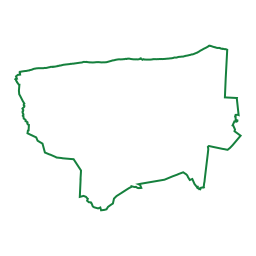 the district of Liepupes pag., Salacgrivas, Latvia, rotated 90°
{"feature_id": "27541924B57299636563148", "entity_name": "Liepupes pag.", "entity_type": "district", "adm_level": 2, "iso_a3": "LVA", "parent_name": "Latvia", "parent_adm1": "Salacgrivas", "projection": "albers", "projection_center": [24.439, 57.482], "detail": "fine", "context": "isolated", "style": "outline", "palette": "green", "viewbox_px": 256, "rotation_deg": 90, "n_neighbors": 0, "source": "geoboundaries", "source_scale": "gbopen_adm2", "svg_char_len": 5447}
<svg xmlns="http://www.w3.org/2000/svg" viewBox="0 0 256 256"><g transform="rotate(90 128 128)"><path d="M49.8,28.8L49.7,29.2L49.5,29.4L49.3,29.9L49.2,30.6L49.1,30.8L49.2,31.3L49.0,32.1L48.9,32.4L48.9,33.2L48.7,33.4L48.8,33.7L48.9,33.8L48.6,34.7L48.5,35.4L48.3,35.8L48.0,36.1L48.0,36.4L47.9,36.7L48.0,36.9L47.9,37.6L48.0,38.3L47.8,39.2L47.8,39.5L47.7,39.8L47.4,40.4L47.4,40.8L47.2,41.1L47.2,41.4L47.1,41.6L46.9,42.6L46.7,43.1L46.5,43.7L46.0,45.1L46.0,45.4L46.0,45.7L45.8,45.8L45.7,46.2L45.7,46.6L45.8,47.1L46.0,47.4L46.3,47.6L46.5,47.9L46.7,48.2L47.6,49.8L48.2,51.0L48.8,52.3L50.1,54.5L50.6,55.6L51.4,56.7L52.3,58.3L52.6,58.6L52.7,59.2L53.3,60.5L53.4,60.9L54.0,62.2L54.2,62.8L54.4,63.3L54.4,63.9L54.4,64.3L54.9,65.7L55.1,66.8L55.3,67.4L55.5,68.4L55.6,68.8L55.9,70.7L56.1,71.0L56.1,71.3L56.6,72.9L56.6,73.5L56.6,74.2L56.8,75.8L56.8,76.1L56.8,76.4L56.9,76.8L56.9,77.3L57.2,78.4L57.5,79.2L57.5,79.6L57.6,80.0L57.5,81.3L57.5,81.6L57.6,81.9L58.0,82.9L58.2,84.1L58.3,84.6L58.4,86.1L58.6,87.4L58.6,88.2L58.7,88.8L58.8,90.4L58.9,90.7L59.0,92.7L59.1,94.0L59.0,94.3L59.0,95.3L59.1,95.7L59.0,96.3L59.1,97.1L59.1,97.4L59.1,98.3L59.2,99.2L59.2,99.3L59.2,100.0L59.1,101.0L59.2,101.9L59.1,102.3L59.2,102.6L59.2,103.1L59.3,103.2L59.4,103.7L59.6,105.7L59.6,108.8L59.6,109.7L59.5,111.5L59.5,111.8L59.4,112.1L59.2,112.3L59.3,112.9L59.4,113.1L59.4,113.3L59.7,113.5L58.8,115.3L57.4,115.3L58.8,115.4L59.1,116.5L59.3,117.4L59.4,118.2L59.4,118.5L59.3,119.5L59.4,120.2L59.3,120.5L59.3,122.7L59.1,124.4L58.9,125.6L58.7,126.5L58.6,127.0L58.7,127.6L58.6,127.9L58.6,128.1L58.7,128.4L58.9,129.1L58.9,129.3L59.0,129.4L59.0,129.7L58.8,130.1L59.0,131.1L59.1,131.3L59.1,131.7L59.3,133.6L59.3,134.0L59.4,135.2L59.4,135.7L59.3,136.2L59.3,137.1L59.4,137.7L59.5,138.6L59.9,140.8L60.0,140.9L60.3,142.1L60.3,142.8L60.4,143.1L60.5,143.8L60.7,144.1L62.2,149.5L62.3,151.0L62.4,154.7L62.2,156.5L62.1,157.6L62.2,158.1L62.1,158.6L62.2,159.9L62.3,160.9L62.4,161.8L62.5,163.7L62.4,164.7L62.4,164.8L62.4,165.4L62.3,166.4L62.4,166.6L62.2,167.6L62.2,168.0L62.0,168.9L61.9,169.2L61.9,169.3L62.0,169.4L61.9,169.8L62.0,170.9L62.0,171.0L61.9,171.7L61.9,172.3L62.0,172.8L62.4,173.7L62.4,173.8L62.5,174.2L62.7,176.1L62.9,177.5L63.4,180.9L63.5,181.9L63.6,182.0L63.7,182.7L63.7,183.1L63.7,183.9L63.9,184.5L63.9,185.0L63.8,185.3L64.0,185.8L64.3,188.3L64.4,189.3L64.5,190.4L64.6,190.8L64.7,192.0L64.8,192.5L64.8,192.8L65.0,193.3L65.2,194.3L65.3,194.4L65.6,196.0L65.5,196.3L65.7,196.9L65.9,197.1L65.9,197.8L65.9,198.0L66.1,198.1L66.2,198.5L66.2,199.1L66.5,200.2L66.5,200.3L66.6,201.3L66.7,201.5L66.9,202.8L66.7,202.8L66.8,204.4L66.9,204.7L66.9,205.6L67.2,206.2L67.3,207.1L67.9,209.5L68.0,210.6L67.9,211.3L68.2,212.6L68.2,213.1L68.2,213.4L68.2,215.3L68.2,216.5L68.2,217.6L68.4,219.9L68.6,220.5L68.6,221.0L69.0,222.8L69.2,223.0L69.5,223.7L69.9,225.0L70.1,226.2L70.4,226.6L70.5,227.6L70.8,229.1L71.0,230.0L71.0,230.7L71.2,232.2L71.3,232.9L71.4,233.5L71.6,234.8L71.7,235.3L71.9,235.6L71.9,235.9L72.5,235.9L72.5,236.3L74.6,235.9L74.9,238.2L76.4,240.0L78.7,239.1L78.9,240.5L79.1,240.6L79.2,240.3L79.3,240.4L80.4,239.9L80.5,239.9L80.9,239.7L81.1,239.5L81.4,239.4L81.5,239.3L81.7,239.1L81.9,239.0L82.1,238.9L82.4,238.9L82.5,238.7L84.8,237.1L84.8,236.6L90.8,237.1L92.7,236.9L94.2,236.8L96.0,235.8L101.3,233.1L102.2,232.5L103.6,231.7L103.9,232.1L104.2,232.2L105.1,232.3L105.4,232.2L105.5,232.0L105.9,231.6L106.7,231.7L107.5,232.4L107.7,232.7L108.3,233.4L108.6,233.6L110.1,232.7L111.3,233.0L111.4,233.4L111.9,233.5L112.7,233.4L113.2,233.2L113.3,233.0L113.5,232.9L114.0,232.7L114.4,232.7L114.6,232.7L114.8,232.8L115.0,232.6L115.3,232.8L115.4,233.0L115.5,233.1L115.8,232.9L116.0,233.0L116.2,232.7L116.7,232.5L118.5,232.3L119.8,230.5L120.3,230.4L121.2,230.4L121.5,229.4L122.3,228.5L122.9,228.8L123.1,228.8L123.8,228.4L124.3,228.3L124.9,227.1L130.4,227.4L130.6,228.1L133.3,228.5L137.4,219.8L140.7,218.4L142.1,216.1L143.6,213.5L152.5,211.1L154.5,206.4L154.6,205.8L157.1,200.1L157.5,199.6L158.0,194.8L158.3,193.2L159.0,185.1L159.2,182.4L170.5,175.0L172.6,175.1L179.2,175.5L179.2,175.4L179.4,175.4L196.9,176.2L195.9,172.5L196.8,170.1L198.5,168.6L198.8,168.2L200.7,168.9L201.1,168.4L202.2,167.2L202.3,165.6L202.5,165.0L202.9,165.0L203.2,164.5L203.7,164.3L204.3,164.0L205.8,163.5L206.5,163.1L206.9,162.5L207.3,161.9L208.4,157.9L207.5,155.7L210.3,154.9L209.9,151.7L209.5,150.2L209.3,149.5L206.9,148.0L204.8,145.1L203.5,143.1L198.6,142.0L196.1,139.5L190.0,130.0L188.0,126.8L187.6,126.0L187.0,124.8L186.2,124.6L186.3,124.1L186.5,123.8L187.1,121.0L186.8,120.1L187.8,118.7L188.1,117.7L188.0,115.2L187.9,114.7L184.9,115.9L184.2,117.5L183.7,115.0L179.7,91.5L176.3,83.3L174.4,78.1L174.2,77.9L172.3,72.8L172.5,72.5L173.8,70.6L174.3,69.8L175.5,68.7L177.1,68.0L180.0,66.2L179.0,63.7L184.0,61.5L186.5,59.5L186.7,58.4L187.7,58.8L188.2,58.3L188.3,57.3L189.0,56.9L188.8,56.5L188.7,56.0L188.9,55.9L189.2,56.0L189.3,55.8L189.0,55.6L188.7,55.7L188.1,55.6L188.0,55.3L187.8,55.1L187.6,54.2L187.4,53.4L187.5,53.1L187.6,52.9L187.4,52.2L187.2,52.3L183.5,51.9L181.6,51.5L178.6,51.2L153.7,48.2L149.1,47.7L146.9,48.1L146.2,47.4L146.0,47.1L147.0,42.5L148.4,35.7L148.9,33.4L149.2,31.4L149.5,30.1L149.8,28.4L147.9,26.0L145.3,23.5L135.7,15.4L131.2,21.5L129.5,21.0L125.5,22.8L125.5,23.1L125.4,23.4L121.4,21.6L121.7,19.6L121.2,18.7L120.4,18.6L119.9,19.7L120.2,20.2L120.2,20.3L116.8,20.4L116.6,20.9L114.9,20.4L114.8,18.5L114.8,17.9L115.0,17.4L98.4,19.2L98.0,19.1L97.4,31.1L78.5,30.3L50.2,28.8L49.8,28.8Z" fill="none" stroke="#15803d" stroke-width="2"/></g></svg>